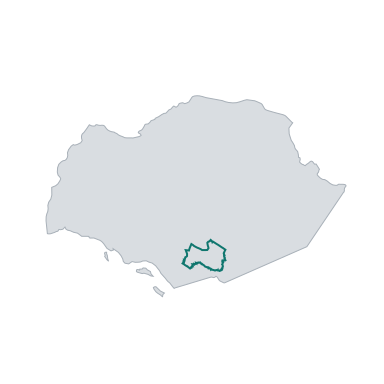 Simanjiro, Manyara, United Republic of Tanzania (highlighted), rotated 124°
{"feature_id": "72390352B2790991966076", "entity_name": "Simanjiro", "entity_type": "district", "adm_level": 2, "iso_a3": "TZA", "parent_name": "United Republic of Tanzania", "parent_adm1": "Manyara", "projection": "robinson", "projection_center": [37.302, -4.321], "detail": "fine", "context": "in_parent", "style": "outline", "palette": "teal", "viewbox_px": 384, "rotation_deg": 124, "n_neighbors": 0, "source": "geoboundaries", "source_scale": "gbopen_adm2", "svg_char_len": 8078}
<svg xmlns="http://www.w3.org/2000/svg" viewBox="0 0 384 384"><g transform="rotate(124 192 192)"><path d="M151.5,263.7L148.1,261.7L145.0,260.5L142.5,259.2L141.4,257.8L139.0,257.3L137.0,257.1L135.1,255.9L131.2,255.4L130.8,254.6L130.7,252.8L130.1,252.3L128.6,251.9L127.1,251.9L126.2,252.1L125.7,252.0L124.4,250.9L123.2,249.6L122.8,247.4L121.0,246.0L119.0,244.9L113.3,245.0L112.4,244.7L111.0,243.6L109.5,241.8L108.2,239.7L107.1,236.9L105.9,233.1L99.3,218.0L98.6,215.1L97.4,211.9L95.3,208.0L93.1,205.1L90.1,202.5L86.7,199.9L84.8,198.1L81.3,191.0L80.6,187.7L80.0,184.2L80.2,182.8L82.4,178.4L82.6,177.1L82.3,175.4L81.2,171.9L79.8,167.6L77.0,159.7L76.6,157.8L76.7,156.3L78.3,148.3L78.3,147.2L84.8,147.4L89.5,143.9L93.7,138.6L94.5,136.5L96.2,133.1L97.8,131.5L98.5,130.3L99.4,127.0L101.6,124.7L103.7,123.0L103.3,121.7L103.6,121.3L104.7,120.4L107.0,119.6L107.4,117.8L107.4,115.9L107.0,114.8L107.1,113.5L106.8,112.8L105.3,112.6L103.1,111.6L101.3,111.2L100.0,110.6L99.6,110.2L99.4,109.0L100.4,106.0L99.4,104.7L101.6,99.7L102.0,99.0L102.9,99.0L104.2,98.4L105.4,98.2L106.4,98.4L107.1,98.2L107.8,97.6L108.3,95.9L108.7,93.0L108.5,90.7L107.5,88.9L107.3,86.1L107.7,82.4L107.4,79.4L106.3,76.9L105.3,75.5L103.6,74.8L101.1,71.0L100.3,69.2L100.4,68.1L101.3,67.6L102.9,67.8L104.5,67.3L105.9,66.3L107.3,66.0L108.0,66.2L173.1,66.2L249.1,114.2L249.5,114.8L250.1,118.9L249.9,120.3L248.8,122.7L248.4,124.0L248.4,124.8L248.7,125.2L249.7,125.3L250.5,125.8L250.9,126.3L251.5,128.1L252.3,129.0L281.2,152.6L281.9,152.9L281.4,154.9L279.8,159.7L279.7,161.7L279.1,164.0L278.5,165.6L276.8,172.3L275.4,174.9L273.5,180.8L273.2,185.3L274.2,188.5L274.6,191.4L276.8,194.3L278.6,195.4L279.8,196.7L282.0,199.7L283.2,202.8L287.0,204.3L288.5,207.7L288.0,210.1L286.2,212.0L284.5,215.2L283.2,219.3L283.1,225.7L284.0,224.7L286.1,226.2L286.3,230.9L284.2,236.4L283.6,238.9L283.5,241.1L285.0,247.6L287.3,250.9L287.1,251.9L286.5,252.8L290.4,258.7L290.1,263.8L291.6,267.7L292.2,271.2L293.2,273.8L293.3,275.6L292.1,277.7L295.0,278.2L296.7,279.8L297.5,281.4L299.5,281.3L300.7,282.4L302.3,283.3L305.8,286.0L306.8,287.3L307.4,288.6L297.5,296.9L294.0,299.1L291.4,300.1L288.7,300.7L286.2,302.0L283.7,304.0L280.6,305.1L276.8,305.1L272.9,306.5L266.6,310.9L263.0,308.5L260.1,307.7L256.8,307.8L254.8,308.1L254.1,308.6L253.5,310.1L252.9,312.5L250.8,314.8L247.0,317.0L243.5,317.9L240.3,317.3L238.2,316.4L237.0,315.1L235.4,314.5L233.2,314.6L231.1,315.5L229.1,317.2L225.9,318.0L221.5,317.8L219.1,316.9L218.8,315.5L216.9,313.8L213.4,311.8L210.8,311.8L209.1,313.7L207.6,314.8L206.2,315.3L205.0,315.4L203.2,314.9L198.3,314.7L193.7,314.7L193.3,312.1L192.3,310.4L191.5,309.4L189.9,309.2L189.4,308.4L188.9,306.8L188.1,305.3L187.1,304.1L186.4,303.0L186.2,302.0L186.4,300.9L187.4,298.2L187.7,296.3L187.5,294.3L187.0,292.4L185.9,290.0L186.0,289.3L185.7,287.7L185.6,286.6L185.8,285.2L185.6,283.3L184.7,279.4L184.7,278.4L183.7,276.5L180.6,271.9L180.4,271.3L175.6,266.8L173.7,265.8L173.0,266.6L172.8,267.4L173.0,268.9L172.8,269.6L172.6,269.9L171.5,269.9L170.8,269.7L169.0,268.5L167.6,268.2L164.0,268.4L162.8,268.7L161.8,268.4L160.0,266.4L157.8,265.9L155.8,265.8L152.6,263.4L151.5,263.7ZM287.5,187.7L289.1,192.7L288.9,193.7L287.8,194.3L287.2,194.3L286.5,193.5L286.0,191.8L285.2,192.2L283.7,190.2L282.3,190.1L281.0,187.7L281.5,185.6L281.2,182.0L282.8,180.2L283.6,177.1L284.6,179.2L284.9,182.5L286.2,186.4L287.5,187.7ZM295.2,157.9L295.3,159.1L295.0,160.2L295.1,163.8L294.9,166.1L293.7,169.4L292.8,170.6L291.9,170.2L291.2,169.7L290.7,168.8L291.8,162.8L291.2,158.4L293.4,158.8L295.2,157.9ZM291.9,230.1L290.8,230.4L290.4,230.1L289.7,229.1L290.9,228.3L292.0,226.7L294.7,224.3L296.0,222.4L295.8,224.3L294.3,228.3L293.0,228.6L291.9,230.1Z" fill="#d9dde1" stroke="#a8b0b8" stroke-width="1"/><path d="M229.9,126.1L229.8,126.4L229.6,126.7L229.4,126.9L229.4,127.0L229.6,127.4L229.5,127.5L229.4,127.6L229.0,127.4L228.9,127.5L228.8,127.8L228.7,127.9L228.5,128.1L228.4,128.0L228.2,128.0L227.9,128.3L227.9,128.7L227.8,128.9L227.7,129.0L227.5,129.3L227.4,129.3L227.1,129.6L226.9,129.8L226.7,129.9L226.4,129.8L226.4,130.0L226.2,130.1L226.2,130.3L225.8,130.6L225.7,130.6L225.6,130.8L225.3,131.0L225.2,131.2L225.2,131.3L225.0,131.5L223.8,131.6L223.2,131.8L221.2,132.0L221.2,132.9L221.1,133.3L221.2,134.2L221.1,135.2L221.2,135.9L221.2,137.2L221.2,137.5L221.2,138.4L221.2,138.6L221.2,139.2L221.2,139.6L221.2,140.1L221.2,140.6L221.3,142.3L221.4,146.6L222.2,146.9L222.1,147.0L221.9,147.6L221.7,147.9L221.8,148.0L221.8,148.4L221.4,148.9L221.3,149.7L221.9,149.7L222.2,149.7L222.4,149.9L222.7,149.9L223.1,149.9L223.3,150.0L223.9,150.6L224.1,150.7L224.4,150.7L224.6,150.8L225.5,150.9L226.6,149.9L227.7,148.8L228.2,148.1L229.3,146.9L231.5,146.9L232.5,148.2L233.0,149.0L234.5,151.2L234.5,153.0L234.6,153.3L234.9,155.2L235.2,156.3L235.4,158.0L235.5,159.0L235.6,160.3L235.4,161.4L235.4,162.1L235.5,162.9L235.5,163.4L239.2,162.7L240.7,162.3L242.2,161.8L243.7,164.7L245.8,161.8L246.0,161.5L247.9,160.3L248.2,160.3L248.8,160.5L249.8,161.0L250.0,161.1L251.0,160.5L251.7,160.4L251.8,160.5L252.1,160.7L252.2,160.8L252.3,160.9L252.4,160.7L252.5,160.6L252.9,160.6L252.9,160.4L253.0,160.4L252.9,160.3L253.0,160.2L253.2,159.8L253.3,159.8L253.3,159.7L253.7,159.7L253.8,159.6L254.2,159.5L254.3,159.6L254.5,159.6L254.5,159.4L254.8,159.3L255.0,159.4L255.1,159.2L255.1,159.3L255.3,159.3L255.4,159.2L255.6,159.3L255.7,159.5L255.8,159.7L255.9,159.8L256.1,159.9L256.4,159.9L256.5,159.9L256.4,158.2L256.5,157.0L256.4,156.2L256.5,154.9L256.4,154.7L256.2,154.5L256.1,154.3L256.4,153.3L256.4,152.4L256.5,151.0L256.4,151.0L256.3,150.8L256.2,150.8L255.8,150.6L255.7,150.6L255.3,150.7L255.2,150.7L255.2,150.4L255.3,150.4L255.2,150.3L255.1,150.1L254.9,150.2L254.7,150.2L254.7,150.3L254.4,150.3L254.2,150.2L254.1,150.3L253.9,150.4L253.7,150.2L253.5,150.3L253.3,150.0L253.2,150.2L252.9,150.2L252.7,150.4L252.6,150.6L252.4,150.6L252.2,150.9L251.9,150.9L251.7,150.8L251.6,150.6L251.5,150.9L251.3,150.5L251.2,150.3L250.9,150.1L250.7,150.2L250.7,149.9L250.4,149.8L250.4,149.7L250.2,149.7L250.1,149.4L250.0,149.1L249.7,149.0L249.8,148.9L249.7,149.0L249.6,148.9L249.4,148.7L249.1,148.7L248.8,148.9L248.8,148.7L248.7,148.8L248.7,148.7L248.6,148.4L248.3,148.4L248.3,148.2L248.1,148.2L247.9,148.0L247.9,147.9L247.6,147.8L247.6,147.6L247.3,147.6L247.1,147.5L247.1,147.4L247.0,147.2L246.9,147.2L246.7,147.0L246.7,146.9L246.6,146.7L246.3,146.4L246.3,146.1L246.1,146.0L246.2,145.9L246.0,145.5L246.0,145.4L246.0,145.2L246.0,144.9L246.2,144.7L246.3,144.6L246.2,144.4L246.1,144.1L246.0,143.8L246.2,143.7L246.3,143.6L246.4,143.4L246.4,143.2L246.2,142.9L246.2,142.6L246.2,142.2L246.0,141.9L246.0,141.7L246.1,141.2L246.2,140.9L246.2,140.7L246.3,140.3L246.3,140.2L246.4,139.9L246.5,139.7L246.4,139.4L246.4,139.1L246.3,138.9L246.3,138.7L246.2,138.3L246.2,138.1L246.0,137.8L246.0,137.7L246.0,137.2L245.9,137.2L245.7,137.1L245.5,136.9L245.6,136.7L245.6,136.4L245.4,136.1L245.5,136.0L245.4,136.0L245.4,135.9L245.3,135.6L245.4,135.4L245.5,135.3L245.4,135.0L245.4,134.9L245.5,134.6L245.4,134.4L245.3,134.2L245.3,133.9L245.2,134.0L245.1,133.9L245.1,133.7L245.3,133.5L245.1,133.5L245.1,133.3L245.3,133.4L245.3,133.2L245.3,132.9L245.4,132.6L245.5,132.5L245.5,132.3L245.4,132.0L245.0,131.5L244.7,130.7L244.5,130.1L244.5,129.9L244.3,129.6L244.3,129.2L244.2,129.1L244.1,128.9L243.9,128.7L243.6,128.6L243.5,128.4L243.4,128.3L243.1,128.2L242.8,127.6L242.7,127.4L242.6,127.2L242.5,126.9L242.4,126.9L242.5,126.8L242.3,126.6L242.2,126.4L242.2,126.1L242.1,125.9L242.1,126.0L242.1,125.8L242.0,125.7L242.1,125.2L242.0,124.9L241.9,124.8L241.7,124.8L241.5,124.7L241.2,124.8L241.0,124.7L240.9,124.7L240.7,124.6L240.5,124.4L240.4,124.4L240.4,124.1L240.2,124.1L240.3,123.9L240.2,123.8L239.8,123.7L239.6,123.9L239.4,123.7L239.2,123.8L239.1,124.0L238.9,124.1L238.7,124.5L238.4,124.4L238.1,124.4L237.9,124.3L237.8,124.5L237.6,124.6L237.4,124.5L237.0,124.7L236.9,124.7L236.7,124.8L236.4,124.8L236.2,124.9L236.1,125.1L235.9,125.4L235.4,125.8L235.3,126.0L235.1,126.3L235.1,126.5L234.2,126.6L233.6,127.1L233.4,126.8L232.9,126.8L232.8,127.3L232.4,128.3L231.7,128.5L231.6,128.2L231.0,127.2L230.2,126.2L229.9,126.1Z" fill="none" stroke="#0f766e" stroke-width="2"/></g></svg>